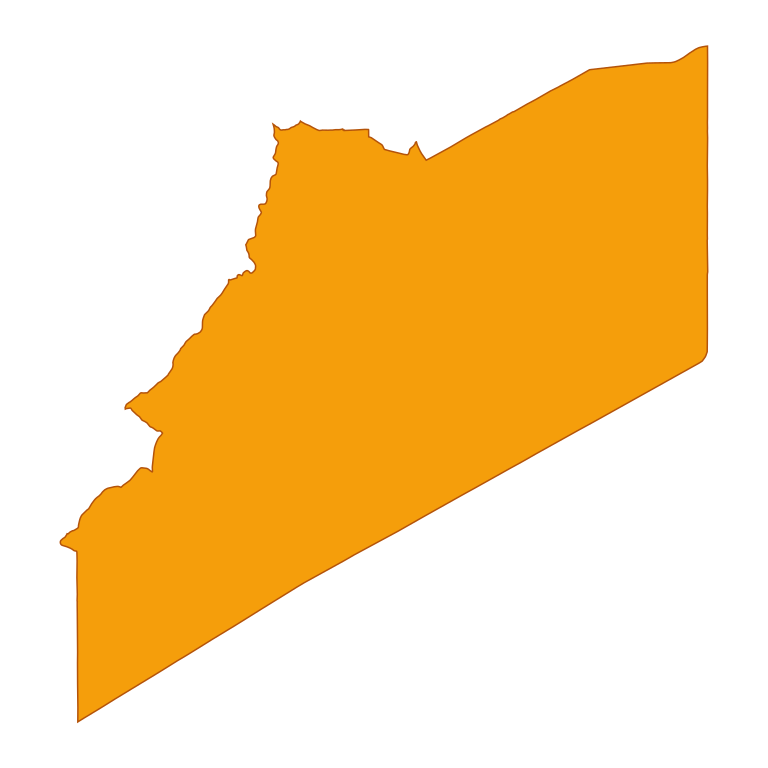 Wang Noi, Phra Nakhon Si Ayutthaya, Thailand (Natural Earth projection)
{"feature_id": "78962969B3503763709973", "entity_name": "Wang Noi", "entity_type": "district", "adm_level": 2, "iso_a3": "THA", "parent_name": "Thailand", "parent_adm1": "Phra Nakhon Si Ayutthaya", "projection": "natural_earth1", "projection_center": [100.685, 14.236], "detail": "fine", "context": "isolated", "style": "filled", "palette": "amber", "viewbox_px": 768, "rotation_deg": 0, "n_neighbors": 0, "source": "geoboundaries", "source_scale": "gbopen_adm2", "svg_char_len": 6047}
<svg xmlns="http://www.w3.org/2000/svg" viewBox="0 0 768 768"><path d="M77.8,721.9L84.4,717.8L100.9,707.8L115.3,698.8L159.7,671.8L177.3,660.8L186.9,655.1L195.0,650.1L212.5,639.2L235.7,625.1L261.5,609.0L297.2,586.9L304.2,582.7L344.6,560.4L354.1,554.9L398.2,531.1L424.4,516.2L459.9,496.3L466.2,492.8L474.4,488.3L509.8,468.5L522.0,461.8L536.2,453.7L578.8,430.0L593.1,422.2L681.3,373.0L698.9,363.2L701.3,361.7L702.3,361.0L704.4,358.1L705.3,356.8L705.9,355.5L706.8,352.9L707.2,351.8L707.3,343.9L707.4,328.8L707.3,290.5L707.3,275.0L707.4,273.8L707.7,271.9L707.2,240.2L707.4,239.1L707.3,235.2L707.4,213.4L707.3,206.3L707.5,190.2L707.5,185.2L707.5,179.7L707.3,165.8L707.6,137.9L707.4,131.3L707.5,128.1L707.4,122.4L707.5,117.4L707.5,114.1L707.5,105.1L707.5,97.5L707.6,63.1L707.5,46.1L705.5,46.3L702.1,46.9L699.2,47.6L698.2,48.0L695.5,49.3L689.9,52.9L683.5,57.5L679.2,59.9L676.0,61.4L674.3,62.0L671.8,62.5L670.6,62.7L655.0,62.9L647.0,63.1L589.6,69.7L571.7,79.9L560.0,86.1L558.5,87.0L550.8,90.8L535.4,99.7L527.1,104.1L514.6,111.3L514.1,111.6L512.5,112.0L511.8,112.4L509.3,113.9L507.8,114.6L506.2,115.8L502.7,117.9L500.1,119.0L498.4,120.3L488.1,125.8L485.8,126.9L475.4,132.6L471.0,135.0L465.7,138.0L450.8,146.9L430.5,158.0L426.2,160.2L421.6,153.7L419.8,150.5L417.3,145.1L416.4,141.9L415.8,142.1L415.4,142.5L415.3,143.3L414.7,144.4L413.8,145.6L413.0,146.5L411.4,147.7L410.3,148.7L409.8,149.4L409.2,152.2L409.0,152.8L408.0,154.5L407.5,154.7L407.0,154.8L405.1,154.5L404.1,154.4L399.7,153.3L389.3,150.8L384.7,149.5L384.2,149.1L382.6,145.8L381.8,144.7L378.2,142.4L371.3,137.7L368.7,136.8L368.6,129.7L368.4,129.5L365.0,129.4L355.3,130.0L344.2,130.5L344.2,130.0L344.1,129.9L343.1,130.0L342.9,129.2L342.7,129.0L340.7,129.5L339.0,129.7L335.6,129.7L332.2,130.1L330.0,130.1L328.2,130.2L322.4,130.1L321.3,130.3L319.1,130.5L318.6,130.3L316.8,129.6L312.9,127.6L309.6,125.7L305.1,123.9L301.0,121.6L300.4,121.1L300.0,122.1L298.7,123.9L297.9,124.4L295.7,125.3L294.6,126.3L293.2,126.9L291.2,127.5L289.3,128.9L288.0,129.4L286.2,129.5L285.2,129.8L283.0,129.8L281.9,130.1L280.4,129.9L279.7,129.3L278.6,127.8L278.2,127.5L276.0,126.5L274.5,125.2L273.1,124.2L273.8,126.6L274.2,128.5L274.4,131.0L274.4,132.7L273.9,135.1L274.0,136.0L274.6,137.4L275.6,138.9L276.0,139.5L277.7,140.9L278.1,141.8L278.3,142.5L278.3,143.0L278.2,143.9L277.9,144.5L277.0,145.8L276.5,146.9L276.0,149.2L275.5,152.9L275.3,153.5L274.6,154.8L273.4,156.8L273.2,157.4L273.3,158.0L273.7,158.8L275.7,160.7L277.7,162.1L277.9,162.4L278.1,162.8L278.2,163.7L278.0,165.0L277.2,167.8L276.2,173.7L275.9,174.3L275.3,174.8L273.0,175.9L272.4,176.3L271.4,177.6L270.9,178.6L270.3,180.8L270.2,182.9L270.1,185.8L269.8,187.8L269.0,189.2L267.0,191.6L266.8,192.2L266.6,193.0L266.5,193.8L266.4,195.7L267.1,198.4L267.1,199.3L266.8,201.1L266.1,202.7L265.7,203.4L264.9,204.0L263.9,204.2L260.8,204.2L259.6,204.7L259.2,205.0L258.9,205.6L258.8,206.1L258.8,206.8L259.1,208.0L259.7,209.3L261.3,212.0L261.3,212.7L261.1,213.2L260.5,214.4L258.7,216.5L258.3,217.1L258.1,217.7L257.8,219.3L257.4,222.0L255.5,229.0L255.4,231.0L255.7,235.3L255.6,236.0L254.7,237.1L253.9,237.6L249.0,239.4L248.6,239.6L248.3,240.0L246.3,244.0L245.8,244.8L246.3,246.7L246.9,250.3L248.2,252.4L248.8,253.8L249.1,255.3L249.2,257.0L249.4,257.6L249.9,258.2L251.6,259.6L253.9,262.1L254.3,262.7L255.4,264.8L255.6,265.8L255.6,266.5L255.4,269.0L255.3,269.4L254.9,270.0L254.1,271.0L252.3,272.7L252.0,272.9L251.4,273.1L250.8,273.1L250.1,272.9L248.9,271.5L247.9,270.8L247.2,270.6L246.3,270.7L244.8,271.6L243.4,272.8L243.1,273.3L242.6,274.8L242.3,275.5L241.8,275.6L241.3,275.4L239.5,274.7L238.5,274.7L237.6,275.3L237.4,275.6L237.2,276.2L237.1,277.5L236.8,278.0L235.4,278.3L230.5,279.9L229.8,279.9L229.1,279.5L228.8,279.7L228.6,280.0L228.6,282.3L228.4,283.1L228.2,283.8L224.6,289.1L222.1,293.2L220.6,295.2L217.2,298.4L215.3,301.2L213.0,304.3L211.9,305.7L210.7,306.9L210.1,307.7L209.2,309.6L208.2,311.1L204.6,314.6L203.4,317.8L202.7,320.2L202.5,322.0L202.4,327.1L202.3,328.3L201.9,329.6L200.6,331.6L200.0,332.2L197.9,333.5L196.1,334.1L194.6,334.2L194.0,334.5L191.8,336.3L189.2,338.9L186.3,341.4L185.6,342.3L183.9,345.3L180.7,348.6L180.1,350.3L179.2,351.5L178.1,352.9L175.7,355.4L175.0,356.4L174.1,358.1L173.3,360.5L172.9,362.6L173.1,364.3L173.0,365.3L172.9,366.4L172.4,368.0L172.0,368.9L168.5,374.0L167.8,375.4L167.0,376.0L166.2,376.8L160.9,381.4L158.2,382.8L153.9,387.0L152.1,388.5L150.1,390.0L147.4,392.8L143.3,393.0L141.4,392.8L140.8,392.9L140.3,393.2L138.4,395.3L137.7,396.0L135.3,397.6L133.6,399.0L132.4,400.1L130.3,401.8L129.3,402.3L126.6,404.3L126.2,404.9L125.1,407.7L125.2,408.2L125.3,409.1L126.4,408.6L129.8,408.1L130.3,408.1L130.7,408.2L131.1,408.6L132.1,410.3L132.8,411.0L136.7,414.7L139.5,416.7L141.8,419.9L142.3,420.3L145.0,421.6L147.0,422.9L149.8,426.4L150.5,426.9L151.9,427.4L153.3,428.2L156.2,430.4L157.0,430.9L157.7,431.0L160.0,430.9L160.4,431.0L161.5,431.9L162.5,433.1L161.1,435.3L159.5,436.9L158.4,438.4L157.9,439.2L156.6,441.9L155.5,444.8L154.6,447.7L154.0,451.7L152.4,465.9L152.3,467.5L152.5,471.3L152.4,471.7L152.2,471.9L151.9,471.8L150.2,470.7L148.4,469.2L146.8,468.4L145.4,468.2L142.1,467.8L141.5,467.8L140.9,467.9L140.0,468.5L137.6,470.8L132.8,477.0L130.0,480.3L126.0,483.3L123.4,485.1L121.2,487.2L120.9,487.3L120.0,486.9L118.1,486.4L117.3,486.4L114.0,486.8L112.0,487.3L108.0,488.2L106.8,488.7L104.8,489.8L103.3,491.2L102.4,492.1L101.0,494.0L99.1,495.9L97.2,497.3L95.5,498.8L94.3,500.2L91.7,503.7L88.7,508.8L86.9,510.1L86.0,511.0L82.4,514.5L81.6,515.4L81.1,516.4L80.4,517.8L79.7,519.9L78.8,523.8L78.5,525.3L78.4,527.0L78.3,527.4L77.9,527.9L77.2,528.5L74.2,530.3L73.4,530.6L72.4,530.8L70.1,532.0L68.8,533.2L68.3,533.7L67.6,533.8L67.1,533.7L66.8,534.5L65.1,537.1L64.3,537.7L63.0,538.5L61.0,540.3L60.4,541.3L60.3,542.6L60.5,543.5L61.0,544.4L61.6,545.0L62.8,545.5L67.0,546.8L69.9,548.0L71.8,549.0L74.2,550.7L76.5,551.2L76.7,551.5L76.9,552.2L77.0,556.0L77.1,561.5L76.9,577.5L77.3,594.3L77.1,600.6L77.1,601.2L77.3,601.6L77.2,602.4L77.2,605.7L77.3,613.7L77.6,652.4L77.5,663.1L77.6,683.5L77.9,707.7L77.8,721.9Z" fill="#f59e0b" stroke="#b45309" stroke-width="1.5"/></svg>